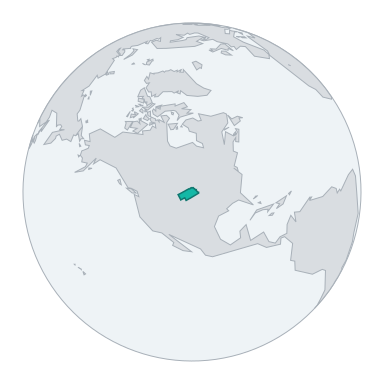 Nebraska on an orthographic globe, rotated 329°
{"feature_id": "USA-3532", "entity_name": "Nebraska", "entity_type": "State", "adm_level": 1, "iso_a3": "USA", "parent_name": "United States of America", "parent_adm1": "", "projection": "orthographic", "projection_center": [-97.897, 41.5], "detail": "fine", "context": "on_globe", "style": "filled", "palette": "teal", "viewbox_px": 384, "rotation_deg": 329, "n_neighbors": 0, "source": "natural_earth", "source_scale": "10m", "svg_char_len": 11338}
<svg xmlns="http://www.w3.org/2000/svg" viewBox="0 0 384 384"><g transform="rotate(329 192 192)"><circle cx="192" cy="192" r="169" fill="#eef3f6" stroke="#a8b0b8"/><path d="M236.9,354.9L245.1,352.1L241.2,353.4L247.4,349.7L255.5,344.4L266.0,328.0L263.8,325.4L252.9,324.5L240.1,312.2L244.5,304.2L241.3,301.4L251.8,287.9L248.4,278.0L244.5,277.3L241.0,282.3L227.3,277.9L221.7,270.1L176.3,258.1L171.0,253.1L170.0,245.2L150.3,216.4L160.9,243.0L154.1,237.6L147.9,227.8L150.4,225.9L145.0,211.5L138.3,205.1L134.5,186.5L141.2,164.3L144.0,168.6L145.3,163.1L141.9,157.6L139.4,155.4L139.3,132.3L129.8,117.0L122.1,117.2L127.4,113.6L109.7,117.9L101.5,114.7L113.7,115.4L117.1,113.3L113.0,109.4L115.6,106.4L115.2,103.0L118.7,100.0L125.5,101.1L127.9,99.3L124.9,96.7L126.5,92.3L130.6,96.3L133.9,89.3L145.9,90.7L154.0,105.4L163.6,105.0L179.6,117.5L181.0,114.2L188.0,117.5L192.2,115.1L194.0,118.5L195.9,113.7L193.4,111.1L193.4,108.3L195.7,106.8L198.4,110.6L197.6,112.0L199.6,112.4L199.9,115.0L201.0,112.9L204.0,118.0L204.5,110.8L209.6,113.1L210.7,117.2L206.1,119.4L197.2,135.8L196.9,141.2L201.0,146.3L218.0,149.8L219.5,155.0L224.7,160.1L225.9,155.8L222.3,150.3L225.9,143.9L221.0,138.5L221.8,135.2L218.6,128.9L223.9,127.1L230.8,129.0L233.7,134.3L236.8,135.4L237.9,128.3L247.2,136.8L259.8,140.2L261.7,143.0L258.3,151.2L248.5,155.8L244.1,168.1L251.8,157.6L256.4,165.2L259.2,165.6L261.8,163.9L261.9,160.1L264.5,162.4L257.9,173.2L255.4,171.3L257.6,167.8L253.0,170.2L248.5,178.2L251.2,181.8L241.6,191.4L243.4,194.2L242.3,198.2L240.1,192.9L243.9,202.8L233.1,217.6L238.0,234.7L227.9,222.9L221.0,222.6L213.1,224.2L213.8,227.0L202.4,226.3L193.4,233.2L192.1,247.2L197.6,257.1L210.1,256.3L212.9,250.2L221.6,247.8L217.3,263.7L232.8,263.2L232.4,274.2L237.1,278.7L244.4,275.7L252.0,276.3L256.8,268.8L264.7,262.9L265.7,271.2L269.4,262.0L274.3,264.4L289.6,257.4L288.7,259.9L301.7,263.2L314.4,259.5L317.4,263.2L316.0,267.6L320.0,265.6L320.1,267.7L335.0,257.7L341.4,255.2L340.4,262.4L333.4,276.4L323.4,295.9L309.8,310.2L303.9,317.2L289.0,329.8L281.1,334.3L280.8,335.4L274.4,339.4L268.6,342.3L265.4,344.1L261.0,346.1L262.4,345.6L260.0,346.7L248.6,351.2L236.9,354.9ZM56.8,207.4L57.6,203.9L58.6,207.4L56.8,207.4ZM57.2,200.9L57.1,202.3L57.0,201.0L57.2,200.9ZM56.5,199.4L57.0,200.5L56.3,199.6L56.5,199.4ZM55.4,197.8L56.0,198.5L55.9,198.6L55.4,197.8ZM238.2,240.7L255.7,244.3L246.7,247.9L248.3,245.9L243.6,243.7L235.3,242.6L227.1,246.1L238.2,240.7ZM54.1,194.3L53.9,193.3L54.6,193.7L54.1,194.3ZM243.9,229.4L240.9,229.5L243.7,228.7L243.9,229.4ZM137.8,155.0L141.6,157.9L143.6,164.1L140.2,162.0L137.8,155.0ZM134.3,143.7L136.8,144.0L135.1,149.4L134.2,147.6L134.3,143.7ZM116.0,118.3L118.5,120.2L115.1,119.4L116.0,118.3ZM114.5,103.1L112.9,103.5L113.4,101.6L114.5,103.1ZM215.9,130.3L217.2,129.7L217.1,131.2L215.9,130.3ZM213.2,128.4L212.2,130.6L210.8,130.1L211.5,128.7L213.2,128.4ZM119.1,95.3L120.3,92.2L120.3,95.5L119.1,95.3ZM214.9,125.7L208.4,128.8L205.9,127.7L206.5,121.6L214.9,125.7ZM121.8,90.6L124.5,83.6L121.2,83.8L131.9,79.4L126.1,86.6L126.6,90.5L124.3,89.2L121.8,90.6ZM191.7,111.0L194.4,113.7L190.0,112.9L191.7,111.0ZM188.9,111.3L175.6,113.7L172.7,109.3L177.8,109.2L172.4,104.9L177.6,101.5L181.7,103.1L182.5,106.6L183.9,102.7L188.9,111.3ZM137.4,78.3L139.1,76.9L138.6,78.6L137.4,78.3ZM193.1,107.1L190.7,107.9L188.0,104.0L192.4,101.8L191.9,103.7L193.1,107.1ZM168.5,105.6L167.3,102.5L171.2,98.8L171.2,97.2L177.5,101.0L168.5,105.6ZM193.6,103.9L194.7,100.8L198.0,101.3L195.3,106.1L193.6,103.9ZM185.5,104.0L184.4,102.2L186.5,102.5L185.5,104.0ZM210.4,101.8L207.5,102.6L205.9,100.6L210.4,101.8ZM194.9,99.7L193.8,99.5L192.8,98.9L194.2,97.1L194.9,99.7ZM179.7,98.3L181.6,97.5L177.4,96.5L180.1,93.9L183.8,97.1L183.4,94.6L184.2,93.8L186.2,97.3L179.7,98.3ZM192.8,93.5L198.4,96.9L204.0,95.8L205.6,97.5L196.2,99.0L192.8,93.5ZM188.8,95.4L191.6,94.6L192.1,96.9L190.5,99.0L188.8,95.4ZM180.6,91.1L175.5,94.3L174.9,93.5L180.6,91.1ZM194.3,92.7L192.9,91.9L194.6,92.3L194.3,92.7ZM184.7,91.0L183.0,92.2L182.3,91.3L184.7,91.0ZM191.6,89.4L193.4,90.5L192.4,91.9L191.6,89.4ZM188.4,89.8L187.9,88.3L190.9,91.7L187.7,90.4L188.4,89.8ZM184.4,90.0L183.4,89.8L185.2,89.6L184.4,90.0ZM194.5,83.9L198.5,87.9L196.3,90.8L192.6,86.5L194.5,83.9ZM293.8,57.1L302.3,64.2L300.1,63.2L286.1,52.3L274.2,44.4L273.0,43.8L276.7,46.8L270.2,43.5L277.6,47.9L277.4,47.2L282.1,50.2L282.5,51.0L280.2,49.7L282.7,52.0L293.2,58.4L294.1,58.4L303.1,66.8L305.5,67.8L309.3,71.3L306.6,71.0L303.9,69.3L302.1,73.3L305.7,75.8L307.7,72.4L308.8,74.2L313.7,78.2L310.8,76.7L307.6,80.4L313.2,90.0L326.8,107.4L328.7,113.7L327.1,117.6L315.5,107.8L312.7,94.9L308.5,91.9L303.4,92.7L303.0,88.9L300.5,87.9L298.9,83.4L291.0,76.1L288.5,71.9L280.0,68.5L277.6,66.1L283.3,68.6L286.0,68.4L279.1,58.9L276.2,57.0L271.2,55.7L270.0,53.5L266.0,53.6L259.4,48.7L264.1,54.9L258.4,54.2L251.4,51.3L250.4,52.4L261.7,57.2L265.4,58.3L267.3,57.2L278.2,61.8L281.8,65.2L273.5,65.2L277.6,70.3L269.4,68.6L243.9,55.6L236.0,51.0L234.5,42.8L239.5,43.5L242.5,46.7L244.7,43.6L242.2,43.9L241.1,42.3L235.4,41.7L234.3,40.6L230.6,42.3L228.7,40.8L231.1,39.8L221.0,38.4L215.6,36.1L213.8,36.4L213.4,37.3L206.8,34.0L205.8,34.4L207.5,35.6L206.6,37.2L202.4,39.0L200.3,37.8L201.6,36.9L201.1,33.6L204.7,31.9L203.5,31.7L199.8,32.8L200.4,36.8L198.5,38.3L197.5,36.3L197.7,37.1L196.1,37.5L192.6,36.8L193.3,39.1L178.4,46.3L170.1,46.1L170.9,43.1L158.3,48.2L149.9,48.4L151.6,49.4L146.6,53.0L149.2,53.0L149.6,53.8L138.1,64.1L133.8,65.9L130.7,72.3L131.5,73.0L134.5,71.9L131.9,79.4L121.2,83.8L119.9,82.1L114.1,86.4L111.8,82.1L107.3,80.8L108.1,74.2L104.4,74.1L102.6,75.8L96.2,77.4L89.5,75.0L103.1,69.0L114.8,72.9L110.7,70.4L114.1,68.8L114.1,66.7L111.0,65.4L109.2,66.5L116.7,54.8L114.1,49.8L108.3,54.5L103.1,56.9L95.1,57.4L99.5,50.7L94.7,53.9L102.8,48.5L103.0,48.4L113.3,42.5L124.1,37.3L135.2,32.9L146.6,29.3L158.2,26.5L169.9,24.5L181.8,23.3L193.7,23.0L205.7,23.6L217.5,25.0L229.3,27.2L240.8,30.2L252.1,34.1L263.1,38.7L273.7,44.1L284.0,50.3L293.8,57.1ZM359.7,171.5L360.5,182.5L359.4,184.3L353.1,178.1L350.9,167.9L346.8,161.2L329.0,114.9L329.4,110.0L320.2,88.6L319.8,86.9L325.4,92.5L322.0,84.3L315.6,77.1L311.9,72.9L320.3,82.0L328.0,91.7L335.0,102.0L341.2,112.7L346.6,123.8L351.2,135.4L354.9,147.2L357.8,159.2L359.7,171.5ZM340.0,132.3L341.6,134.6L340.0,132.3ZM255.5,35.4L255.7,35.5L249.8,33.2L248.1,32.7L251.1,33.9L261.7,38.2L261.1,37.8L255.5,35.4ZM290.1,257.1L292.0,257.9L289.7,259.1L290.1,257.1ZM246.0,251.9L249.5,251.2L251.4,252.1L248.9,253.3L246.0,251.9ZM274.0,243.0L277.8,242.3L274.1,244.6L274.0,243.0ZM258.4,244.5L271.0,243.9L263.9,249.2L255.8,249.7L261.1,247.2L258.4,244.5ZM243.3,235.4L245.6,235.5L245.2,237.4L243.3,235.4ZM245.9,228.9L245.1,229.3L243.7,228.1L245.9,228.9ZM256.8,164.6L257.4,163.8L260.2,162.8L259.4,164.7L256.8,164.6ZM269.9,150.4L273.8,154.5L270.4,152.8L270.0,156.0L262.5,156.9L262.2,144.4L263.7,149.8L269.9,150.4ZM252.4,155.0L257.2,155.6L251.9,155.5L252.4,155.0ZM288.6,87.8L289.9,86.4L293.3,88.6L296.4,95.0L291.5,91.8L288.6,87.8ZM291.0,84.0L281.9,82.7L279.6,79.0L282.4,81.2L281.8,78.9L286.2,81.9L292.9,80.0L296.3,81.9L300.2,92.2L297.0,87.6L295.9,89.1L291.0,84.0ZM262.9,89.5L258.9,89.8L259.0,81.1L262.7,81.9L266.1,88.1L263.7,90.9L262.9,89.5ZM217.0,114.8L215.5,116.1L214.7,115.0L215.4,112.8L217.0,114.8ZM209.2,102.3L222.9,107.8L221.8,109.6L231.1,111.2L231.9,116.6L225.9,115.2L233.5,120.8L228.4,121.8L233.8,125.1L220.3,121.7L216.0,123.1L220.5,119.4L219.8,114.4L218.3,112.6L210.6,108.9L201.1,109.8L198.9,105.3L199.9,101.9L201.9,101.0L202.6,104.1L204.7,100.7L207.3,104.6L209.2,102.3ZM212.8,69.7L212.9,72.8L217.5,68.2L220.2,71.3L220.5,70.6L224.3,72.4L229.4,73.3L230.0,75.1L231.7,74.7L234.2,76.0L236.8,76.2L238.7,79.5L242.1,80.0L241.1,81.3L246.3,81.5L243.3,82.9L246.2,84.9L247.6,82.5L251.6,101.5L255.6,109.0L260.6,114.7L254.7,116.8L246.2,113.0L237.4,106.6L234.4,99.3L232.3,101.8L230.2,99.1L232.8,98.3L227.6,98.0L226.6,95.7L218.8,91.1L212.0,92.7L208.9,91.2L211.1,89.5L206.6,89.3L208.6,85.1L206.4,84.0L206.3,79.0L211.7,76.5L208.9,75.5L208.6,71.9L212.8,69.7ZM194.6,82.4L200.4,78.3L204.8,78.1L203.2,87.0L204.9,88.6L204.0,94.7L197.8,94.9L198.6,93.1L197.9,91.4L200.2,92.0L197.9,90.3L198.9,87.8L197.4,85.9L199.7,85.0L194.6,82.4ZM316.5,83.1L315.7,81.5L313.8,78.7L316.8,81.4L316.5,83.1ZM314.6,85.7L313.5,83.9L316.9,85.9L317.7,87.7L314.6,85.7ZM310.0,81.4L313.2,83.6L311.9,83.5L310.0,81.4ZM281.9,67.1L280.4,65.3L281.3,65.3L283.5,66.5L281.9,67.1ZM226.9,58.0L226.3,59.5L225.1,59.2L220.8,61.2L218.5,59.2L220.2,57.3L226.9,58.0ZM308.9,70.5L306.7,68.0L309.7,71.3L308.9,70.5ZM223.7,56.2L222.2,57.2L221.9,55.6L223.7,56.2ZM216.6,57.9L215.8,56.2L217.7,59.2L216.6,57.9ZM201.7,43.2L210.3,42.4L215.0,41.1L215.2,38.9L218.6,41.9L211.4,43.9L201.7,43.2ZM181.5,45.9L181.3,48.2L178.9,47.8L178.6,47.2L181.5,45.9ZM183.1,46.9L187.5,48.7L185.9,50.4L182.7,48.6L183.1,46.9ZM205.9,51.5L208.6,51.4L208.7,52.6L205.9,51.5ZM85.1,61.2L81.4,64.4L82.4,63.7L80.3,66.2L83.4,64.4L83.0,65.4L78.8,68.4L74.6,70.9L81.0,64.7L81.5,64.1L85.1,61.2ZM85.0,63.5L89.7,62.3L84.2,67.4L81.9,68.8L82.1,67.1L85.0,64.5L85.0,63.5ZM89.2,63.6L92.0,61.2L104.9,56.7L106.3,57.1L93.6,62.7L95.6,60.7L93.4,61.1L89.2,63.6ZM137.6,76.5L138.9,76.9L137.1,77.5L137.6,76.5ZM151.1,53.7L151.3,54.9L149.1,55.4L151.1,53.7ZM150.8,58.6L153.1,57.1L151.5,59.2L150.8,58.6ZM158.2,53.8L154.5,56.8L156.8,53.2L158.2,53.8Z" fill="#d9dde1" stroke="#a8b0b8" stroke-width="1"/><path d="M178.3,193.0L178.4,192.6L178.4,192.3L178.4,191.9L178.4,191.5L178.5,191.1L178.5,190.8L178.5,190.4L178.5,190.0L178.6,189.7L178.6,189.3L178.6,188.9L178.6,188.6L178.7,188.2L178.7,187.8L178.7,187.5L178.7,187.1L179.2,187.1L179.5,187.2L179.9,187.2L180.3,187.2L180.6,187.2L181.0,187.3L181.4,187.3L181.7,187.3L182.1,187.3L182.5,187.3L182.8,187.4L183.2,187.4L183.6,187.4L183.9,187.4L184.3,187.4L184.7,187.4L185.0,187.4L185.4,187.5L185.8,187.5L186.1,187.5L186.5,187.5L186.9,187.5L187.2,187.5L187.6,187.5L188.0,187.5L188.3,187.5L188.7,187.5L189.1,187.6L189.4,187.6L189.8,187.6L190.2,187.6L190.5,187.6L190.8,187.6L191.0,187.8L191.3,188.0L191.6,188.1L191.8,188.2L192.0,188.2L192.3,188.0L192.5,188.0L192.6,187.9L192.8,188.0L193.3,187.9L193.4,188.0L193.5,188.1L193.8,188.2L194.0,188.2L194.0,188.3L194.3,188.3L194.4,188.5L194.5,188.5L194.7,188.8L194.8,188.9L195.1,189.0L195.3,189.0L195.3,189.3L195.3,189.5L195.4,189.8L195.4,190.0L195.5,190.1L195.6,190.3L195.7,190.5L195.8,190.5L195.8,190.8L196.0,191.0L196.0,191.3L196.0,191.5L196.0,191.8L196.2,192.0L196.3,192.0L196.3,192.4L196.4,192.5L196.5,192.5L196.4,192.6L196.4,192.8L196.5,192.9L196.5,193.0L196.5,193.3L196.6,193.5L196.6,193.8L196.6,194.0L196.6,194.3L196.8,194.4L196.8,194.5L196.8,194.8L197.0,195.0L197.1,195.3L197.2,195.5L197.3,195.5L197.5,195.6L197.4,195.8L197.5,195.8L197.6,196.0L197.7,196.3L197.8,196.3L197.4,196.3L196.9,196.4L196.4,196.4L195.9,196.4L195.5,196.4L195.0,196.4L194.5,196.4L194.0,196.4L193.6,196.4L193.1,196.4L192.6,196.4L192.1,196.4L191.7,196.4L191.2,196.4L190.7,196.4L190.3,196.4L189.8,196.4L189.3,196.4L188.8,196.4L188.4,196.4L187.9,196.4L187.4,196.4L186.9,196.4L186.5,196.3L186.0,196.3L185.5,196.3L185.0,196.3L184.6,196.3L184.1,196.3L183.6,196.2L183.2,196.2L182.6,196.2L182.6,195.8L182.6,195.6L182.7,195.3L182.7,195.1L182.7,194.9L182.7,194.7L182.7,194.4L182.7,194.2L182.7,193.8L182.7,193.6L182.8,193.4L182.6,193.2L182.4,193.2L182.1,193.2L181.8,193.2L181.6,193.2L181.3,193.2L181.0,193.2L180.8,193.1L180.5,193.1L180.2,193.1L179.7,193.1L179.4,193.1L179.2,193.0L178.9,193.0L178.7,193.0L178.3,193.0Z" fill="#14b8a6" stroke="#0f766e" stroke-width="1.5"/></g></svg>